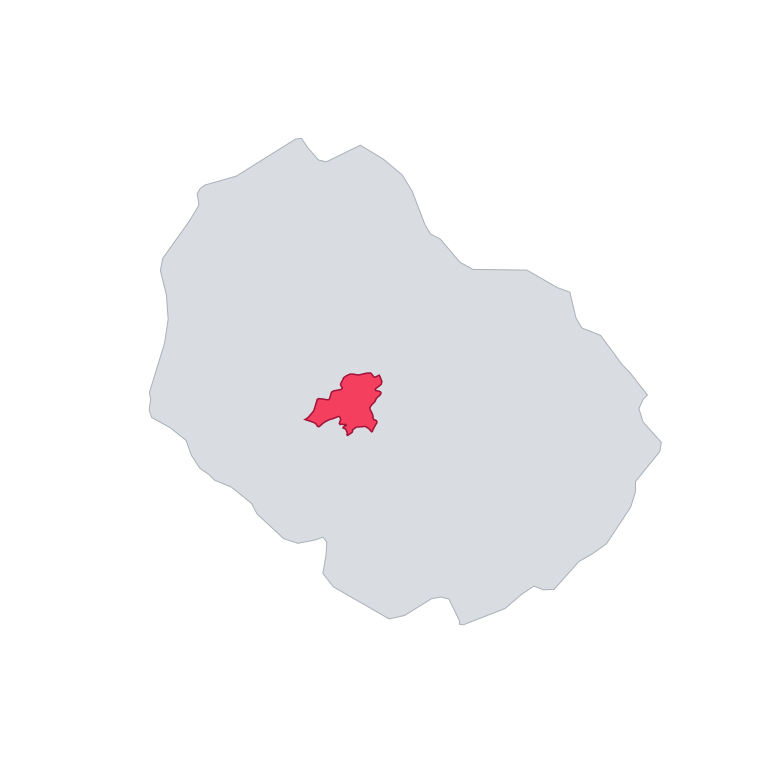 location of Veles within North Macedonia, rotated 235°
{"feature_id": "MKD-2915", "entity_name": "Veles", "entity_type": "Statistical Region", "adm_level": 1, "iso_a3": "MKD", "parent_name": "North Macedonia", "parent_adm1": "", "projection": "orthographic", "projection_center": [21.727, 41.757], "detail": "fine", "context": "in_parent", "style": "filled", "palette": "rose", "viewbox_px": 768, "rotation_deg": 235, "n_neighbors": 0, "source": "natural_earth", "source_scale": "10m", "svg_char_len": 2813}
<svg xmlns="http://www.w3.org/2000/svg" viewBox="0 0 768 768"><g transform="rotate(235 384 384)"><path d="M350.5,205.5L362.0,207.0L386.9,199.9L402.4,190.1L410.3,188.6L420.8,184.8L435.9,185.3L451.2,189.5L470.7,183.8L489.8,174.5L497.4,176.7L505.8,184.5L511.3,186.6L543.4,227.8L560.9,244.4L581.6,256.8L605.2,265.9L613.8,274.7L629.3,318.5L636.8,335.2L646.8,340.0L649.3,344.8L649.8,351.1L639.0,382.3L635.4,451.7L632.7,457.3L620.8,457.1L605.1,458.8L599.1,464.2L593.2,501.6L568.0,512.6L545.0,518.8L525.5,517.6L491.3,509.0L480.2,508.1L470.6,513.2L440.2,516.0L426.8,522.6L395.4,566.3L363.5,581.3L352.6,588.9L328.2,579.2L316.5,578.2L299.6,589.3L262.5,590.2L252.5,592.0L223.9,593.5L222.8,587.5L217.6,578.7L204.3,574.4L177.1,577.7L170.5,571.2L159.8,534.0L151.2,527.9L141.6,515.3L125.6,474.8L125.4,457.2L126.8,441.8L118.2,405.5L123.9,396.5L132.5,390.9L132.8,376.3L130.7,354.2L141.2,311.0L144.0,307.9L146.5,310.0L170.6,313.8L176.9,308.4L180.9,299.8L182.6,268.1L188.5,253.5L246.8,226.2L263.9,225.3L276.9,238.2L287.2,246.4L293.5,246.2L295.8,238.0L302.9,222.1L314.9,213.1L350.2,205.5L350.5,205.5Z" fill="#d9dde1" stroke="#a8b0b8" stroke-width="1"/><path d="M357.4,356.7L356.3,355.9L354.9,352.7L353.0,349.0L351.8,347.2L352.0,346.6L352.0,346.4L355.8,346.0L359.1,344.8L360.3,343.9L361.4,341.9L363.2,338.8L364.5,337.0L364.5,333.6L364.5,332.0L363.5,331.4L362.7,330.2L362.7,328.8L362.7,326.6L362.7,324.8L363.7,324.5L363.8,325.1L365.8,326.1L368.1,326.5L369.6,326.6L370.7,325.6L371.5,325.3L372.0,325.7L372.1,327.8L371.6,328.8L371.8,329.4L373.0,329.4L373.7,327.9L374.9,326.8L375.8,325.7L375.9,324.8L377.4,324.8L378.6,326.4L379.6,328.1L382.1,328.9L383.2,328.6L383.7,327.5L384.3,324.7L385.1,321.7L386.1,318.9L386.5,316.3L386.8,313.9L386.8,311.3L386.5,309.2L386.3,306.9L386.4,305.9L387.6,305.3L390.2,305.4L393.0,304.3L396.1,302.0L397.8,300.7L400.2,299.0L400.1,299.5L400.1,302.5L401.4,307.9L402.4,311.2L405.1,314.7L407.8,318.1L409.6,320.3L409.7,321.6L409.0,322.8L407.9,323.9L406.0,326.2L404.7,327.3L403.5,328.7L402.8,329.8L403.2,330.9L403.9,331.8L405.3,333.7L406.3,334.8L407.4,336.3L407.4,338.3L406.9,339.7L405.6,342.4L404.7,344.4L404.5,345.1L404.2,346.7L404.8,347.7L405.9,347.7L407.2,347.7L408.8,348.3L409.7,349.8L411.3,353.0L412.3,354.5L412.3,355.8L412.3,358.1L411.5,362.1L409.7,364.5L406.2,368.0L404.9,370.8L403.9,373.5L402.8,376.1L400.8,379.3L398.5,379.7L396.8,379.7L395.3,379.8L394.7,380.8L394.4,382.5L394.0,385.1L392.0,384.9L387.2,383.7L385.4,381.6L385.1,379.3L385.0,376.4L384.9,374.5L384.2,373.4L383.1,373.7L382.5,374.4L381.2,375.6L380.6,376.1L379.5,376.6L378.4,376.5L377.3,374.8L377.0,373.2L377.0,371.6L376.5,369.3L374.8,366.6L374.0,362.0L372.8,358.9L370.6,357.8L368.3,357.7L365.8,357.2L364.0,356.5L362.5,355.6L361.3,355.4L360.2,355.4L359.5,356.1L358.6,356.7L357.4,356.7Z" fill="#f43f5e" stroke="#9f1239" stroke-width="1.5"/></g></svg>